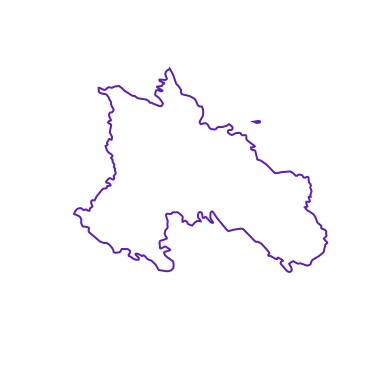 SVG path tracing the border of Ul'yanovsk, rotated 41°
{"feature_id": "RUS-2395", "entity_name": "Ul'yanovsk", "entity_type": "Region", "adm_level": 1, "iso_a3": "RUS", "parent_name": "Russia", "parent_adm1": "", "projection": "natural_earth1", "projection_center": [47.861, 53.792], "detail": "fine", "context": "isolated", "style": "outline", "palette": "violet", "viewbox_px": 384, "rotation_deg": 41, "n_neighbors": 0, "source": "natural_earth", "source_scale": "10m", "svg_char_len": 6073}
<svg xmlns="http://www.w3.org/2000/svg" viewBox="0 0 384 384"><g transform="rotate(41 192 192)"><path d="M269.5,104.6L270.4,104.6L273.6,107.7L274.8,108.2L276.3,108.4L277.4,109.0L278.0,110.6L278.5,111.2L281.2,112.6L281.9,113.2L283.0,116.0L284.7,117.8L283.5,118.5L283.3,119.1L283.6,119.6L286.2,120.9L287.1,121.8L287.0,122.5L284.8,124.2L284.9,124.7L285.4,125.3L288.6,127.3L287.2,129.6L290.7,130.2L296.4,129.3L298.8,129.2L301.3,129.9L303.1,130.7L305.6,132.3L307.1,132.8L311.4,132.7L311.9,132.8L313.1,134.4L313.6,134.5L317.0,133.4L318.4,133.4L319.4,133.8L320.7,135.7L322.2,136.7L322.4,137.2L322.1,140.6L323.1,141.0L326.5,141.2L327.5,141.7L327.2,144.1L329.2,148.1L330.7,150.7L330.8,151.5L329.8,157.2L327.5,164.0L327.6,165.8L328.9,169.1L327.3,172.0L321.0,174.5L320.0,175.3L319.7,175.9L318.4,176.8L313.8,177.8L313.5,178.2L312.5,181.6L312.5,182.5L316.3,183.8L318.2,185.2L318.8,186.3L318.8,187.1L318.1,188.3L317.3,188.9L315.7,189.3L306.2,188.0L305.7,187.7L305.0,186.6L305.0,185.8L305.7,184.7L305.7,184.3L304.4,184.0L300.1,185.0L299.8,185.6L300.3,186.5L299.8,187.1L298.6,187.8L294.2,188.5L293.2,188.9L291.8,189.8L291.4,189.9L290.8,189.5L290.7,189.1L290.7,187.6L289.8,187.1L287.9,186.6L278.7,185.5L275.0,186.1L274.0,186.6L273.2,187.6L271.6,187.8L254.7,186.4L252.6,187.9L248.2,193.1L245.1,197.7L243.7,197.8L228.7,195.4L221.2,193.4L220.1,193.4L219.7,193.7L219.5,194.1L219.5,194.9L219.9,196.0L222.7,199.3L223.9,200.0L227.5,200.9L227.9,201.1L228.0,201.5L227.6,202.0L225.9,202.6L219.1,201.7L218.3,202.3L218.0,203.7L217.4,204.3L216.9,204.3L216.5,204.1L215.0,202.6L213.0,201.4L211.8,201.6L211.0,202.0L210.6,203.1L211.3,205.0L212.2,206.3L213.7,207.3L216.8,207.8L217.4,208.0L217.8,208.5L215.7,209.9L214.7,210.8L214.2,212.9L214.1,217.3L210.3,218.7L209.5,218.6L208.0,217.8L205.9,218.1L205.2,218.6L204.8,220.4L204.4,220.7L203.5,219.9L201.5,217.1L201.1,216.8L200.3,216.5L195.4,216.6L194.2,216.9L191.0,219.9L190.6,220.8L190.8,221.9L190.4,222.6L187.8,224.4L187.2,225.1L187.4,226.3L188.6,227.4L192.8,229.9L194.6,232.5L196.7,234.5L197.1,235.4L197.1,238.3L198.2,240.7L198.9,241.5L200.6,242.5L202.9,243.0L203.3,243.3L203.5,243.8L202.7,245.4L200.2,249.5L200.0,250.4L200.7,251.5L204.6,255.2L205.1,255.4L205.7,255.0L207.1,251.3L207.6,250.6L212.5,249.8L213.5,250.0L213.3,251.0L210.7,255.1L210.5,255.7L211.0,256.4L212.9,257.3L215.1,257.5L223.4,256.8L226.1,259.2L227.8,261.6L227.7,264.7L226.3,267.0L224.5,268.7L218.1,272.7L212.3,270.7L206.5,270.4L203.6,271.5L201.9,271.8L198.2,271.3L196.9,271.6L196.4,273.1L193.1,273.7L190.6,274.8L190.1,275.4L190.0,275.8L190.5,276.3L194.9,276.7L195.5,276.9L196.0,277.6L195.9,278.4L194.6,279.6L191.9,280.8L188.3,281.1L186.2,281.7L185.5,281.2L185.0,278.6L184.4,277.5L183.1,277.0L180.9,277.3L176.7,280.8L176.4,281.3L177.0,283.9L176.7,285.3L173.8,288.3L173.0,288.7L172.4,288.8L171.0,287.6L168.0,286.5L163.9,286.0L161.3,286.4L158.7,288.4L155.3,289.7L140.9,289.9L139.5,289.3L138.1,287.0L137.6,286.7L136.7,286.9L134.2,288.2L132.3,289.6L131.8,289.7L128.7,288.1L126.4,285.3L124.3,284.4L122.7,284.3L117.3,285.9L116.6,283.8L116.4,280.9L116.7,279.7L117.6,278.2L118.7,277.1L122.1,276.7L123.4,274.7L125.4,274.4L126.9,273.5L125.7,271.0L126.4,269.0L126.3,268.1L122.5,266.1L121.9,264.6L122.2,263.5L124.0,262.3L122.9,257.7L122.6,248.7L123.0,247.7L124.9,245.2L124.9,244.7L124.1,243.2L126.2,240.8L126.2,240.4L125.7,240.0L124.7,239.7L123.7,239.9L121.0,241.1L120.6,240.8L120.3,240.1L120.3,237.0L120.6,235.7L121.4,235.2L123.9,234.5L124.6,234.0L124.5,232.9L124.2,232.5L122.5,231.4L122.3,228.2L121.6,227.3L119.4,226.3L118.7,224.9L116.8,224.5L115.4,222.3L115.0,222.1L112.2,221.3L110.8,219.7L109.3,219.6L108.4,219.3L108.6,217.3L108.3,216.9L107.6,216.6L106.1,216.5L103.4,216.9L102.1,216.8L100.0,216.1L96.6,214.1L97.3,211.8L97.0,211.3L95.7,210.8L95.4,210.3L94.8,206.6L94.9,206.2L95.3,206.0L96.8,205.6L97.0,205.1L95.7,203.0L90.8,200.9L87.1,194.5L86.0,194.2L83.9,194.8L82.9,194.4L82.7,193.9L82.7,193.4L83.8,191.4L83.7,190.9L79.7,189.1L78.9,188.4L78.1,187.0L78.1,185.7L79.2,184.6L79.4,183.7L79.3,182.3L79.0,181.5L78.6,181.1L74.1,179.4L73.1,178.6L72.3,177.6L71.7,177.2L68.9,176.3L66.6,175.1L63.5,174.6L62.3,175.0L59.9,176.6L57.1,177.6L55.7,177.3L53.2,174.7L54.2,173.9L57.2,173.2L58.7,172.5L59.7,171.3L59.9,168.7L60.7,167.3L63.2,165.9L64.8,162.6L67.5,159.9L70.8,159.6L74.2,159.9L83.3,158.6L84.6,158.0L85.8,157.1L88.3,157.0L89.9,156.6L96.7,152.3L99.6,151.7L101.4,152.2L102.0,152.0L102.9,151.1L104.7,150.8L108.7,149.3L110.6,148.9L112.3,147.5L112.6,147.0L112.5,145.9L112.0,144.3L111.1,143.9L107.1,142.9L105.1,142.6L101.0,143.0L100.2,142.6L98.5,139.6L98.3,138.8L98.8,138.1L99.9,137.3L101.9,136.7L102.7,136.2L103.2,135.5L103.2,135.0L102.3,134.9L97.6,135.8L96.6,135.6L96.5,135.4L99.5,132.0L99.7,131.0L99.2,129.9L99.3,129.3L99.9,128.4L99.4,128.0L95.0,129.4L93.8,128.9L93.7,128.5L93.9,128.2L98.1,125.2L98.7,124.3L98.9,123.6L98.6,122.9L95.2,121.0L94.2,120.2L93.4,118.0L93.4,116.8L94.3,114.4L94.1,113.5L100.7,115.8L108.6,120.4L109.5,120.7L112.5,121.0L116.4,122.0L117.0,122.4L117.9,123.7L119.4,124.7L120.5,124.7L127.4,121.1L132.6,120.0L134.9,120.5L139.0,122.5L140.1,122.8L141.3,122.6L143.6,121.0L147.1,123.2L149.5,126.2L150.4,127.8L151.6,133.8L152.4,134.6L154.0,135.1L156.0,132.3L157.3,131.1L158.0,130.9L160.1,130.9L163.0,132.1L165.1,132.0L168.1,129.9L168.8,128.8L168.7,127.2L168.9,126.2L169.7,125.2L171.9,123.5L172.4,122.9L174.6,119.5L175.0,118.7L175.3,116.7L175.8,116.4L179.0,116.3L180.1,116.6L180.8,117.2L181.2,118.4L181.1,119.4L179.4,120.9L178.9,122.0L179.3,122.7L180.7,123.7L182.4,123.5L184.4,123.0L184.9,122.5L186.7,118.5L189.0,116.2L190.4,115.7L191.3,116.3L192.9,116.1L194.7,114.2L195.5,113.8L196.6,114.5L198.0,116.1L198.9,116.6L201.3,116.8L208.5,116.2L209.4,116.3L209.2,117.4L207.3,119.7L208.9,121.0L209.7,120.8L211.1,119.8L212.7,119.4L220.0,124.6L223.5,123.1L230.3,122.4L241.9,123.4L243.7,122.1L246.7,118.1L252.3,112.4L253.4,111.8L255.1,111.5L259.8,111.6L260.7,110.9L260.7,110.0L261.4,108.6L262.8,107.6L264.4,107.1L265.9,107.7L267.0,107.7L268.1,106.9L268.6,105.5L269.5,104.6ZM196.7,94.1L197.4,94.6L197.5,95.3L195.3,97.5L192.4,98.5L195.5,94.8L196.7,94.1Z" fill="none" stroke="#5b21b6" stroke-width="2"/></g></svg>